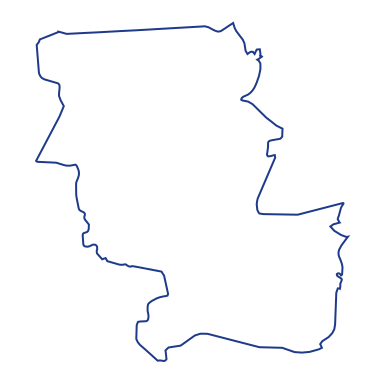 the Region of Jizzakh
{"feature_id": "UZB-370", "entity_name": "Jizzakh", "entity_type": "Region", "adm_level": 1, "iso_a3": "UZB", "parent_name": "Uzbekistan", "parent_adm1": "", "projection": "albers", "projection_center": [67.735, 40.342], "detail": "fine", "context": "isolated", "style": "outline", "palette": "blue", "viewbox_px": 384, "rotation_deg": 0, "n_neighbors": 0, "source": "natural_earth", "source_scale": "10m", "svg_char_len": 3940}
<svg xmlns="http://www.w3.org/2000/svg" viewBox="0 0 384 384"><path d="M339.6,222.6L333.5,224.3L330.4,226.5L334.3,230.8L341.1,235.0L346.5,237.0L347.9,236.7L341.5,245.3L339.2,249.6L338.6,251.8L338.5,253.2L338.6,254.5L338.8,255.6L339.4,257.5L339.9,258.5L340.0,258.7L340.3,259.4L341.6,263.0L342.1,264.9L342.3,265.9L342.5,267.8L342.1,274.3L341.5,275.3L341.0,275.4L340.5,274.6L339.9,273.9L339.1,273.4L338.1,273.3L336.9,274.0L336.8,274.8L337.1,275.6L337.8,276.3L340.5,278.0L341.3,278.6L341.8,279.4L341.6,280.5L341.1,281.9L340.3,283.6L340.3,286.7L339.9,288.7L339.6,288.5L337.8,288.4L336.3,292.7L335.1,324.4L334.3,329.2L332.3,333.1L328.7,337.0L322.3,341.2L320.2,344.1L320.8,345.3L321.9,347.8L318.9,349.3L309.6,351.9L302.1,352.6L294.6,352.1L282.2,347.8L259.4,347.2L207.5,333.8L200.4,333.7L194.8,335.5L180.7,345.6L168.5,347.5L165.5,350.4L166.5,359.1L166.0,359.8L165.4,360.4L164.7,360.8L163.9,361.0L160.0,360.4L157.7,360.7L146.3,350.4L139.9,344.8L137.8,342.2L136.3,339.0L136.7,325.3L137.2,323.8L138.0,321.9L140.1,321.5L144.7,321.3L146.0,321.2L147.3,320.6L148.0,319.7L148.3,318.5L148.5,316.2L148.4,315.0L148.1,313.0L147.8,312.0L147.6,310.7L147.6,308.9L147.7,306.0L148.0,304.7L148.4,303.8L149.6,302.6L151.9,300.9L156.6,298.4L159.9,297.2L164.0,296.3L165.2,296.2L167.5,295.6L168.1,294.0L164.1,275.7L161.5,271.6L135.4,266.6L131.9,266.1L130.4,266.7L129.0,266.4L127.9,265.9L125.5,264.3L124.5,264.4L123.4,264.7L121.0,264.8L119.3,264.6L107.4,261.2L105.6,258.1L104.9,258.4L104.2,258.5L102.2,259.3L97.0,253.4L96.8,252.3L96.7,250.7L97.2,249.4L97.1,246.8L96.4,245.5L95.3,244.8L94.2,244.6L93.2,244.6L92.5,244.8L89.6,246.2L88.6,246.5L87.5,246.7L86.2,246.6L84.4,246.2L83.7,245.3L83.3,244.3L82.7,235.4L82.8,234.4L83.2,233.5L84.0,233.0L86.8,232.1L87.6,231.5L88.1,230.9L88.7,229.1L88.9,224.5L84.8,219.4L84.3,217.8L84.4,216.4L84.8,215.3L84.9,213.9L84.4,213.0L83.7,212.3L80.6,210.8L79.4,209.9L78.9,208.9L78.6,207.9L76.6,197.7L76.2,194.4L76.1,185.1L76.1,183.8L76.3,182.5L76.6,181.4L77.9,178.4L78.8,175.5L79.0,172.8L78.7,170.9L78.1,169.0L77.0,166.5L76.3,165.3L75.4,164.7L74.6,164.8L70.6,165.6L67.2,165.7L64.8,165.3L62.4,164.6L56.2,162.7L37.3,161.8L36.1,160.9L59.5,116.5L63.8,106.1L60.6,100.2L59.3,96.7L59.0,95.8L59.1,92.5L59.5,89.0L59.6,87.0L59.5,85.6L59.2,84.7L58.7,84.0L57.9,83.3L44.5,79.4L42.4,78.3L41.5,77.6L40.3,76.1L39.5,74.4L39.1,73.5L38.9,72.4L36.7,44.9L38.6,42.5L39.9,39.4L58.1,32.2L58.2,31.6L60.6,32.2L66.7,33.9L83.9,33.0L98.4,32.3L120.0,31.1L135.9,30.3L154.8,29.2L166.8,28.5L186.1,27.4L205.0,26.3L206.7,26.8L208.4,27.2L211.5,28.9L214.6,30.5L216.3,31.1L217.9,31.6L219.3,31.4L220.7,31.2L225.0,28.4L229.3,25.5L231.2,24.3L233.1,23.0L234.0,25.8L234.9,28.6L235.1,28.8L235.7,30.0L236.3,31.1L239.5,35.4L242.8,39.7L243.6,41.5L244.4,43.2L245.0,47.0L245.6,50.8L246.5,52.4L247.5,54.0L248.4,53.3L249.3,52.6L250.3,52.1L251.2,51.7L252.1,51.8L253.0,51.9L253.8,53.0L254.6,54.0L255.6,51.8L256.7,49.6L258.2,49.4L259.8,49.3L260.1,51.4L260.4,53.4L260.4,53.7L260.5,53.9L260.3,54.8L260.1,55.7L260.8,55.9L261.5,56.2L261.7,56.4L261.9,56.6L260.2,57.8L258.5,59.1L257.9,59.4L257.3,59.7L257.9,60.1L258.5,60.4L258.8,60.9L259.2,61.3L259.8,62.5L260.4,63.6L260.4,66.4L260.4,69.2L259.7,72.6L259.0,75.9L257.9,79.1L256.8,82.3L255.7,84.9L254.5,87.5L253.7,88.7L252.9,90.0L251.8,91.3L250.7,92.5L249.5,93.5L248.2,94.5L245.6,95.7L243.0,96.9L242.4,97.5L241.7,98.1L241.4,98.9L241.2,99.7L241.7,100.0L242.2,100.4L245.2,101.0L248.1,101.6L250.4,102.9L252.6,104.2L259.5,111.0L266.3,117.7L271.4,121.6L276.4,125.6L282.5,128.7L282.2,136.7L280.2,138.8L272.0,140.2L270.0,140.7L269.2,141.1L268.5,141.7L268.1,142.7L268.0,147.4L267.0,154.7L267.4,155.7L268.2,156.4L270.7,156.1L273.4,155.3L274.8,155.1L275.2,157.6L257.7,198.5L257.1,201.2L256.7,204.3L257.3,209.7L257.9,211.2L258.8,212.8L259.4,213.5L263.5,214.1L297.7,214.7L342.6,203.1L343.3,203.1L343.5,203.6L342.7,204.9L342.0,205.9L341.4,207.0L340.8,208.4L338.8,215.9L338.2,217.3L337.7,219.0L339.5,222.5L339.6,222.6Z" fill="none" stroke="#1e3a8a" stroke-width="2"/></svg>